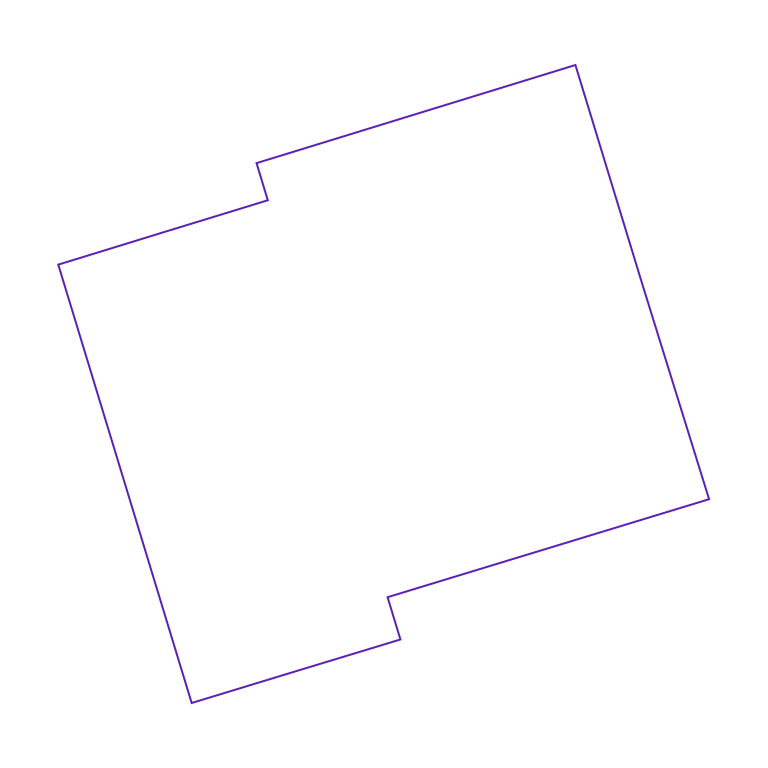 outline of Webster, Iowa, United States of America, rotated 253°
{"feature_id": "52423323B53229348544328", "entity_name": "Webster", "entity_type": "district", "adm_level": 2, "iso_a3": "USA", "parent_name": "United States of America", "parent_adm1": "Iowa", "projection": "equal_earth", "projection_center": [-94.17, 42.427], "detail": "fine", "context": "isolated", "style": "outline", "palette": "violet", "viewbox_px": 768, "rotation_deg": 253, "n_neighbors": 0, "source": "geoboundaries", "source_scale": "gbopen_adm2", "svg_char_len": 322}
<svg xmlns="http://www.w3.org/2000/svg" viewBox="0 0 768 768"><g transform="rotate(253 384 384)"><path d="M405.8,660.2L586.1,660.3L633.1,660.3L632.5,326.7L593.7,326.6L593.6,217.3L593.4,107.4L135.2,106.8L135.1,216.4L134.9,325.0L179.1,325.1L178.8,661.2L405.8,660.2Z" fill="none" stroke="#5b21b6" stroke-width="2"/></g></svg>